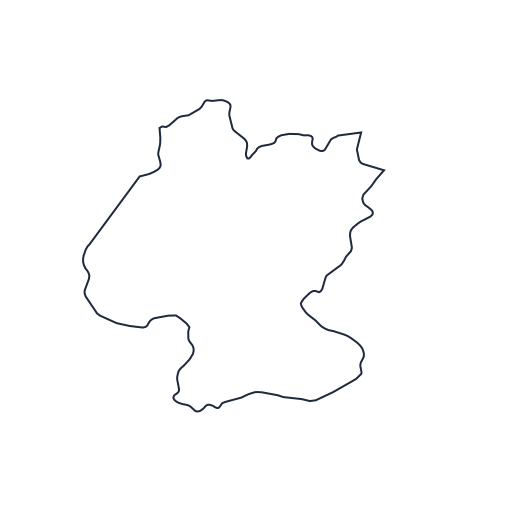 Saraburi, orthographic projection, rotated 221°
{"feature_id": "THA-415", "entity_name": "Saraburi", "entity_type": "Province", "adm_level": 1, "iso_a3": "THA", "parent_name": "Thailand", "parent_adm1": "", "projection": "orthographic", "projection_center": [100.926, 14.549], "detail": "fine", "context": "isolated", "style": "outline", "palette": "slate", "viewbox_px": 512, "rotation_deg": 221, "n_neighbors": 0, "source": "natural_earth", "source_scale": "10m", "svg_char_len": 3368}
<svg xmlns="http://www.w3.org/2000/svg" viewBox="0 0 512 512"><g transform="rotate(221 256 256)"><path d="M389.3,155.5L396.0,239.7L390.5,247.7L388.3,252.3L386.8,256.7L386.6,259.3L387.1,261.2L388.0,262.5L390.4,264.5L395.8,268.0L396.9,269.0L397.8,270.3L401.0,276.2L402.5,278.5L405.7,282.4L412.8,289.3L411.8,292.2L408.5,294.3L407.2,297.6L405.7,308.9L404.3,311.9L402.1,314.7L399.3,317.8L395.1,329.9L395.0,333.4L396.0,339.0L395.6,340.8L394.6,341.9L392.6,343.0L390.5,344.6L385.6,349.9L383.7,351.5L381.7,352.5L378.7,353.5L376.4,353.7L374.6,353.3L373.4,352.2L372.5,350.9L371.0,348.1L370.1,346.7L369.2,345.5L368.1,344.4L357.7,337.1L356.0,336.4L354.2,336.2L342.2,336.8L340.1,336.6L338.4,336.1L337.0,335.4L334.7,333.1L331.4,327.6L330.3,326.2L328.9,324.9L326.5,324.0L325.4,324.8L325.0,326.4L325.2,330.1L325.0,333.9L325.0,335.7L325.5,337.5L325.2,339.9L323.9,342.8L319.7,347.9L317.6,350.9L316.5,353.3L316.5,355.0L317.0,356.5L317.8,358.0L317.5,360.5L316.2,363.6L311.1,369.9L303.7,376.0L299.2,378.3L295.8,381.4L293.3,382.6L291.5,382.6L290.2,381.7L289.4,380.5L288.6,379.0L287.6,377.8L286.5,376.7L284.3,376.1L281.5,376.1L276.8,377.3L274.8,378.7L273.8,380.6L273.9,382.3L275.9,393.1L275.5,394.6L274.9,396.2L273.5,399.0L273.2,400.6L257.7,418.2L249.8,402.6L241.0,395.9L238.1,395.2L235.7,395.6L215.6,404.7L215.7,393.2L214.8,384.1L215.2,373.2L214.5,371.1L213.4,369.0L210.6,367.0L209.0,366.3L207.0,366.0L203.3,366.4L199.3,366.5L197.5,366.2L196.1,365.2L195.3,363.7L195.5,360.9L199.5,350.9L200.4,347.4L201.4,341.6L201.4,339.6L201.2,337.6L200.1,335.2L198.1,332.7L189.2,325.3L188.3,323.8L187.5,321.7L187.6,314.6L186.5,310.2L186.0,306.6L186.0,304.9L189.7,288.3L189.8,287.1L189.0,284.6L184.4,274.7L184.0,271.8L184.7,270.0L187.8,268.8L189.1,267.9L190.1,266.7L190.7,265.1L191.2,263.2L191.9,255.3L191.6,252.2L191.1,249.8L189.7,248.6L187.4,247.5L181.5,246.1L178.2,245.9L168.7,246.4L161.2,245.8L159.4,245.9L155.9,246.6L152.7,247.6L148.3,250.1L137.6,254.7L134.3,255.7L130.5,256.4L122.4,257.0L118.5,256.7L115.4,256.0L114.3,255.5L112.9,254.7L111.0,253.5L109.7,252.2L108.7,250.8L108.1,249.0L107.0,244.4L106.1,242.7L105.1,241.4L100.1,237.5L99.2,236.2L99.8,228.9L108.5,203.9L116.2,186.4L120.1,181.9L127.6,178.0L142.9,167.4L148.2,165.2L162.1,157.0L165.4,154.5L167.5,152.5L171.0,146.8L174.3,139.3L183.6,125.5L184.9,122.8L184.8,121.0L184.5,119.1L184.6,116.8L185.7,115.7L187.6,115.0L190.0,114.7L193.1,113.5L194.7,112.2L195.5,110.4L195.7,105.9L196.5,102.5L197.7,100.8L199.0,99.6L200.7,99.2L206.6,99.4L208.3,99.1L209.8,98.6L215.1,95.6L218.9,94.2L221.4,93.8L223.6,93.9L225.2,94.7L226.0,95.9L226.3,97.4L225.5,100.5L225.3,102.2L225.7,103.7L226.6,104.9L234.2,110.9L235.3,112.0L236.2,113.2L237.8,116.0L238.5,117.5L239.0,119.1L239.1,121.1L239.0,122.8L238.6,125.4L238.3,133.2L238.4,135.2L239.4,140.8L240.2,142.3L241.0,143.7L242.0,144.8L243.2,145.8L244.7,146.6L246.3,147.1L250.0,147.8L251.5,148.4L252.9,149.3L257.2,154.1L258.0,155.3L259.6,158.6L264.3,159.5L272.1,159.3L277.4,158.6L283.0,153.5L291.9,142.4L292.6,140.9L293.1,139.3L293.4,137.6L292.9,134.0L292.4,132.3L292.8,130.1L294.4,127.8L305.4,120.3L317.1,113.9L334.8,108.6L338.3,108.4L357.9,113.7L359.5,114.5L360.8,115.4L361.9,116.5L362.8,117.8L367.0,129.0L367.9,130.4L368.8,131.7L370.1,132.7L371.6,133.5L373.3,134.1L376.9,134.9L379.9,136.2L382.6,138.1L384.6,140.4L386.3,143.1L388.8,149.5L389.4,152.7L389.3,155.5Z" fill="none" stroke="#1e293b" stroke-width="2"/></g></svg>